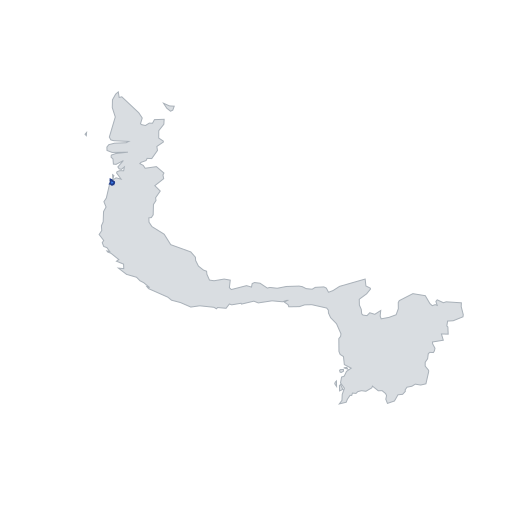 Dat Do, Bà Rịa - Vũng Tàu, Vietnam (highlighted), rotated 131°
{"feature_id": "81297802B14105634475822", "entity_name": "Dat Do", "entity_type": "district", "adm_level": 2, "iso_a3": "VNM", "parent_name": "Vietnam", "parent_adm1": "Bà Rịa - Vũng Tàu", "projection": "orthographic", "projection_center": [107.299, 10.478], "detail": "fine", "context": "in_parent", "style": "filled", "palette": "blue", "viewbox_px": 512, "rotation_deg": 131, "n_neighbors": 0, "source": "geoboundaries", "source_scale": "gbopen_adm2", "svg_char_len": 4859}
<svg xmlns="http://www.w3.org/2000/svg" viewBox="0 0 512 512"><g transform="rotate(131 256 256)"><path d="M313.0,96.1L308.6,96.4L303.9,100.1L297.8,102.5L296.3,109.0L291.2,112.0L288.8,110.6L283.7,112.0L278.2,110.6L280.0,118.1L274.5,124.0L275.1,127.9L273.6,130.8L264.0,139.3L261.2,139.4L259.0,140.8L254.3,150.8L253.6,159.2L251.5,163.9L249.4,165.9L248.9,168.5L256.1,181.9L260.9,187.2L265.7,190.0L272.8,197.9L271.7,199.9L272.2,204.4L268.8,203.1L269.2,203.6L273.2,206.0L279.3,214.5L289.9,223.5L291.5,228.0L301.8,235.4L301.5,236.3L308.8,242.3L309.7,244.6L315.1,244.3L320.1,251.2L321.8,251.2L322.3,254.1L330.5,265.8L337.3,271.7L340.7,282.5L344.8,290.8L344.9,295.5L351.1,315.6L350.7,318.2L349.6,315.6L349.8,323.3L350.8,327.3L350.4,332.2L354.8,341.6L355.4,351.9L352.3,347.5L349.0,350.6L351.5,357.9L348.7,357.2L349.1,367.2L350.3,370.6L350.0,371.9L348.6,369.3L347.5,374.0L348.7,377.2L346.8,380.8L344.2,381.1L342.7,388.5L338.0,389.1L334.6,392.5L330.4,393.8L322.5,400.2L317.4,401.3L314.8,406.4L310.4,407.0L293.8,415.8L291.8,413.7L288.8,412.9L286.5,408.2L284.8,415.7L283.5,416.2L281.0,414.8L278.5,411.8L275.1,413.8L278.9,414.4L280.0,416.4L279.4,418.7L271.0,418.7L278.6,421.7L280.2,423.9L276.6,427.6L276.5,430.2L274.8,431.4L270.6,429.0L261.7,420.8L272.2,432.5L274.1,437.7L271.6,440.0L268.5,440.1L263.6,436.7L255.7,428.3L253.0,427.2L262.3,439.0L263.6,441.7L262.5,444.7L243.4,453.4L238.3,461.8L232.3,466.8L225.9,468.1L222.5,467.6L226.1,463.3L223.9,461.7L224.8,438.5L226.5,432.4L231.9,430.0L232.0,428.7L230.1,425.1L225.7,423.7L223.7,421.2L219.7,422.1L213.1,415.0L217.0,412.0L225.2,411.6L230.8,406.8L230.1,401.4L230.8,400.7L238.4,402.7L241.0,399.6L250.9,398.6L253.7,402.2L256.1,401.6L260.7,404.2L262.5,404.3L261.6,400.6L262.5,397.2L253.9,389.8L253.8,379.9L255.9,379.4L258.2,376.4L269.3,378.5L269.8,370.9L277.9,370.0L279.7,367.9L284.4,367.2L292.4,360.6L295.7,360.2L297.5,361.9L300.7,358.9L302.1,353.8L299.8,339.6L303.4,327.8L295.7,307.9L296.7,300.9L299.0,298.6L301.4,292.8L301.1,286.4L299.9,283.3L302.0,281.1L304.7,275.3L302.2,271.4L294.3,264.9L291.1,259.6L297.4,255.3L297.5,252.6L284.6,243.7L282.4,239.0L279.3,240.8L277.0,239.7L273.9,235.1L272.8,226.4L270.7,225.0L266.4,218.8L259.1,213.1L250.5,203.8L248.8,201.0L247.7,196.7L244.2,191.8L240.8,190.7L234.8,184.5L234.1,181.9L235.8,177.5L231.6,175.2L224.1,173.0L201.8,158.5L206.5,153.4L205.3,148.7L205.8,147.9L212.0,147.7L220.9,149.7L225.2,145.8L227.2,141.6L230.3,138.3L230.4,136.5L228.2,133.1L224.2,132.9L222.1,128.1L215.3,126.1L219.9,122.9L221.3,120.3L215.0,115.3L208.4,111.7L202.4,114.0L197.8,118.1L195.7,118.6L181.5,112.9L174.9,102.2L177.8,93.6L177.9,90.4L175.2,88.9L174.4,86.8L172.3,90.4L170.2,90.5L168.3,83.9L165.8,82.4L156.6,70.3L159.6,67.9L164.3,61.1L166.1,59.9L175.5,64.7L179.4,68.7L183.6,66.1L183.7,64.6L188.9,59.7L193.2,64.9L196.7,59.4L205.1,66.4L206.4,65.1L208.2,60.4L210.6,59.1L212.5,58.8L214.7,61.6L216.7,61.9L220.9,59.1L225.2,58.6L228.1,56.1L229.0,50.8L230.0,49.8L241.0,43.9L245.4,47.1L248.2,51.7L252.0,52.9L256.0,56.0L259.2,55.6L260.2,54.5L264.2,54.6L267.6,57.8L274.6,56.4L281.0,60.1L278.9,64.1L275.7,65.9L274.8,67.9L274.9,72.5L277.5,75.3L277.8,82.8L279.5,82.1L286.0,84.3L288.4,88.0L291.6,90.2L294.1,90.4L296.2,93.3L298.4,92.3L299.5,93.6L304.0,93.1L307.2,92.0L313.0,96.1ZM202.8,415.5L203.0,420.3L201.4,426.0L199.5,419.8L196.6,416.0L200.5,414.5L202.8,415.5ZM303.0,104.4L299.1,108.0L297.6,107.9L299.6,102.9L303.0,104.4ZM287.6,117.8L286.5,117.9L284.3,115.6L285.5,114.4L287.9,115.2L288.5,116.3L287.6,117.8ZM300.8,112.7L299.3,113.4L297.5,113.3L301.6,109.6L300.8,112.7ZM281.2,112.6L282.8,116.4L280.5,114.4L281.2,112.6ZM291.9,414.4L288.7,417.6L288.5,416.1L291.9,414.4ZM276.3,464.9L273.9,464.9L276.5,463.0L276.3,464.9Z" fill="#d9dde1" stroke="#a8b0b8" stroke-width="1"/><path d="M293.2,412.6L293.3,412.5L293.4,412.4L293.5,412.5L293.5,412.8L293.5,413.0L293.6,413.3L293.5,413.5L293.7,413.9L293.7,414.1L293.6,414.3L293.5,414.5L293.5,414.8L293.6,415.0L293.4,414.9L293.3,415.0L293.5,415.2L293.5,415.3L293.5,415.9L293.5,416.1L293.6,416.3L293.7,416.2L293.8,416.0L293.9,415.9L294.0,415.9L294.2,415.6L294.3,415.6L294.4,415.4L294.7,415.1L295.1,414.7L295.6,414.3L295.8,414.2L296.1,414.1L296.4,413.9L296.7,413.7L296.8,413.7L296.7,413.6L296.8,413.5L296.8,413.4L297.0,413.4L296.9,413.3L296.9,413.2L297.0,413.2L296.9,413.2L297.0,413.1L297.1,412.9L297.0,412.7L297.0,412.4L296.9,412.4L296.9,412.2L297.0,412.0L296.9,412.0L296.9,411.9L296.8,411.7L296.7,411.6L296.6,411.4L296.4,411.4L296.2,411.3L296.2,411.2L296.3,411.0L296.3,410.9L296.2,410.9L296.0,411.0L295.9,411.0L295.8,410.9L295.8,411.0L295.7,411.0L295.4,411.2L295.2,411.2L294.9,411.1L294.7,410.9L294.4,410.8L294.3,410.7L294.2,410.7L294.1,410.8L293.9,410.9L293.7,410.9L293.8,410.9L293.7,411.0L293.8,411.0L293.7,411.0L293.6,411.3L293.4,411.4L293.4,411.5L293.4,411.8L293.4,412.0L293.3,412.3L293.2,412.3L293.2,412.5L293.2,412.6Z" fill="#3b82f6" stroke="#1e3a8a" stroke-width="1.5"/></g></svg>